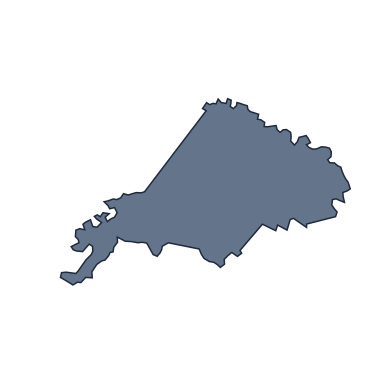 outline of Pranchita, Paraná, Brazil, rotated 162°
{"feature_id": "56859067B45409060945550", "entity_name": "Pranchita", "entity_type": "district", "adm_level": 2, "iso_a3": "BRA", "parent_name": "Brazil", "parent_adm1": "Paraná", "projection": "albers", "projection_center": [-53.701, -25.973], "detail": "fine", "context": "isolated", "style": "filled", "palette": "slate", "viewbox_px": 384, "rotation_deg": 162, "n_neighbors": 0, "source": "geoboundaries", "source_scale": "gbopen_adm2", "svg_char_len": 2245}
<svg xmlns="http://www.w3.org/2000/svg" viewBox="0 0 384 384"><g transform="rotate(162 192 192)"><path d="M313.4,141.2L311.9,147.0L305.0,152.5L299.1,154.4L295.9,154.1L291.0,157.1L288.7,159.8L285.6,159.4L283.5,163.6L278.4,167.2L277.0,172.2L270.7,165.8L265.0,163.6L259.2,160.5L255.0,159.6L250.8,157.4L248.3,144.5L245.0,141.6L241.1,144.0L238.7,146.5L237.1,149.6L230.2,151.0L202.8,135.6L202.3,129.7L201.0,125.0L197.0,120.5L193.0,118.4L190.3,115.1L188.4,111.5L183.4,113.3L182.2,117.9L177.9,120.2L172.9,122.3L168.7,116.7L163.7,118.4L164.4,121.6L135.0,139.6L124.3,129.3L120.8,134.1L113.4,126.4L107.1,135.5L103.5,135.5L101.7,133.0L94.0,122.9L92.9,126.1L63.1,124.2L60.2,128.1L61.7,131.8L63.1,136.4L60.7,141.4L56.9,140.9L54.3,138.4L50.2,135.0L49.7,140.7L48.7,144.9L44.3,145.0L40.5,146.1L40.5,150.2L40.6,153.5L41.8,156.8L42.5,160.9L42.9,165.5L42.8,169.6L45.3,171.9L47.6,175.7L51.9,177.2L53.0,180.8L48.9,182.6L47.1,187.1L47.7,191.2L51.2,193.5L55.0,195.0L60.1,194.5L63.8,195.4L67.0,198.2L68.6,201.5L64.1,202.3L65.0,207.2L66.0,210.4L69.5,210.6L73.3,210.9L76.3,207.2L80.0,205.0L82.4,210.0L80.5,214.3L79.8,218.2L82.8,222.2L86.1,223.0L89.8,221.5L91.8,225.0L91.5,229.2L95.9,230.0L99.7,230.6L103.2,231.9L101.4,235.7L104.2,239.4L107.2,241.0L104.6,245.3L108.7,248.3L111.7,250.4L113.3,253.2L112.8,257.0L115.9,259.1L119.0,261.5L121.6,263.2L123.1,260.3L127.0,258.6L129.2,261.6L127.6,264.3L126.4,267.3L129.3,269.7L132.2,265.7L136.5,268.0L138.4,272.3L141.9,268.4L144.6,269.8L148.2,269.6L150.5,272.5L156.2,268.1L153.4,264.9L202.0,231.2L237.0,206.9L240.6,206.9L245.3,208.7L253.7,208.9L257.6,211.6L261.6,208.5L265.9,208.0L269.0,209.7L274.6,209.5L278.6,209.9L276.0,204.8L275.5,201.5L270.5,201.1L269.6,195.4L273.5,192.0L277.5,191.5L281.7,190.0L282.3,194.9L277.5,197.0L283.1,199.8L286.9,196.8L289.1,199.5L292.4,199.0L291.1,195.9L287.4,190.9L293.3,187.9L297.0,189.8L297.2,197.0L302.9,196.1L305.7,195.0L305.6,189.2L310.1,191.8L314.2,191.6L316.7,185.6L314.9,181.9L315.2,178.7L323.8,177.4L322.8,173.7L319.9,171.5L314.5,169.1L305.9,174.2L303.4,171.0L304.5,166.5L307.0,163.7L313.7,160.3L324.9,151.9L327.6,150.4L336.6,154.7L341.0,155.6L343.5,151.4L336.8,143.8L334.0,140.4L328.8,141.6L325.7,140.2L319.5,143.6L313.4,141.2Z" fill="#64748b" stroke="#1e293b" stroke-width="1.5"/></g></svg>